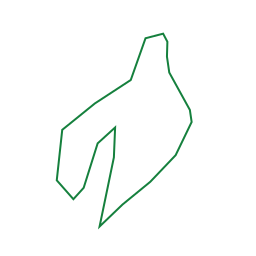 outline of Lumparland, rotated 212°
{"feature_id": "ALD-4819", "entity_name": "Lumparland", "entity_type": "state/province", "adm_level": 1, "iso_a3": "ALA", "parent_name": "Aland", "parent_adm1": "", "projection": "mercator", "projection_center": [20.249, 60.105], "detail": "fine", "context": "isolated", "style": "outline", "palette": "green", "viewbox_px": 256, "rotation_deg": 212, "n_neighbors": 0, "source": "natural_earth", "source_scale": "10m", "svg_char_len": 402}
<svg xmlns="http://www.w3.org/2000/svg" viewBox="0 0 256 256"><g transform="rotate(212 128 128)"><path d="M160.7,45.9L182.8,91.6L169.1,131.3L151.1,170.2L160.7,213.4L148.2,226.6L140.3,222.0L132.8,209.2L122.4,196.9L85.1,176.1L77.2,166.8L73.2,130.2L80.6,94.2L92.1,60.2L99.9,29.4L124.4,95.6L139.2,121.6L145.6,98.9L133.9,53.8L136.6,38.7L160.7,45.9Z" fill="none" stroke="#15803d" stroke-width="2"/></g></svg>